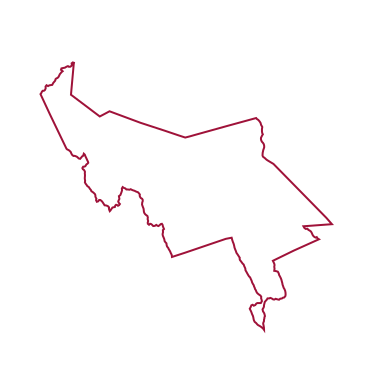 Brotas de Macaúbas, Bahia, Brazil (Natural Earth projection), rotated 350°
{"feature_id": "56859067B62774475312838", "entity_name": "Brotas de Macaúbas", "entity_type": "district", "adm_level": 2, "iso_a3": "BRA", "parent_name": "Brazil", "parent_adm1": "Bahia", "projection": "natural_earth1", "projection_center": [-42.507, -12.105], "detail": "fine", "context": "isolated", "style": "outline", "palette": "rose", "viewbox_px": 384, "rotation_deg": 350, "n_neighbors": 0, "source": "geoboundaries", "source_scale": "gbopen_adm2", "svg_char_len": 4915}
<svg xmlns="http://www.w3.org/2000/svg" viewBox="0 0 384 384"><g transform="rotate(350 192 192)"><path d="M268.0,130.3L236.8,133.2L203.8,136.4L200.0,136.8L194.8,137.2L188.8,134.0L175.8,126.9L153.3,114.9L124.8,98.2L119.6,99.9L114.3,101.6L89.7,75.2L97.3,47.1L97.6,45.9L98.2,44.3L97.1,43.7L95.8,44.4L95.8,45.9L95.1,46.9L93.9,47.5L92.5,47.3L91.7,46.5L90.2,46.8L88.4,47.5L86.6,47.5L84.9,47.6L84.2,48.9L85.0,49.7L85.6,50.6L84.3,51.3L83.3,52.2L82.3,53.0L81.5,54.2L80.5,55.5L79.4,56.3L78.1,56.6L77.2,57.2L76.6,58.6L75.5,59.5L74.2,60.6L73.0,62.2L71.5,62.2L70.0,62.2L68.6,62.7L67.3,61.6L66.1,62.7L65.9,64.5L64.9,66.0L63.7,66.6L62.5,66.4L61.5,67.3L60.6,68.6L59.8,69.3L65.5,90.6L75.9,127.6L76.6,128.5L77.7,129.2L78.7,130.3L79.6,131.7L79.8,133.0L80.4,134.6L81.5,135.9L82.6,136.0L83.6,136.5L84.9,137.4L86.3,139.3L87.6,139.9L88.8,138.9L89.9,137.9L91.1,137.4L92.1,135.5L92.9,136.6L93.2,138.2L93.9,140.7L94.3,142.3L94.8,144.0L94.9,145.2L94.1,145.9L92.8,146.5L91.4,148.1L90.3,148.3L89.2,148.2L88.2,149.4L88.5,150.6L89.3,151.3L89.8,152.3L90.1,153.6L89.7,154.8L89.6,156.2L89.4,157.5L89.1,158.6L88.8,159.8L88.7,161.1L88.7,162.4L88.2,163.9L88.7,165.4L89.3,166.5L90.0,168.1L91.2,169.2L92.0,171.1L92.8,172.5L93.1,173.8L94.2,174.8L95.2,176.0L96.0,177.1L96.3,178.4L96.1,179.4L96.2,180.6L96.7,181.9L96.1,183.4L96.6,185.1L98.0,184.9L99.2,183.7L100.4,184.0L101.1,184.8L101.8,185.7L102.4,187.0L103.0,188.4L103.6,189.9L105.0,190.3L106.6,191.2L107.6,192.7L107.3,194.1L107.4,195.3L107.7,196.6L108.5,196.0L109.6,194.8L111.0,193.5L112.3,193.4L113.4,193.4L114.1,192.0L115.0,191.4L115.9,191.8L116.7,192.7L117.9,192.3L118.9,191.3L118.0,189.9L117.7,188.6L118.3,187.5L119.3,186.2L119.3,184.5L119.3,183.4L120.9,182.6L121.9,181.0L122.7,179.6L123.4,178.2L123.5,176.4L124.6,175.1L125.8,176.3L127.0,176.9L127.8,178.1L129.3,178.4L130.9,178.9L132.1,178.6L133.1,179.4L134.2,180.1L135.6,180.8L136.9,181.8L138.8,182.9L139.7,184.4L140.2,185.4L139.8,186.7L140.1,188.1L140.6,189.1L141.7,190.0L142.1,191.2L141.9,192.4L141.2,193.6L140.6,195.7L141.0,198.1L141.4,200.0L141.3,201.8L141.2,203.2L141.4,204.4L142.0,205.7L142.9,206.8L143.9,207.8L144.1,209.4L143.6,211.0L143.8,212.9L143.1,214.4L143.0,215.6L144.0,216.8L145.2,216.0L146.2,216.5L147.0,217.4L147.9,218.8L149.5,218.9L151.1,218.2L152.1,219.2L153.0,219.7L154.1,219.2L155.6,218.2L156.8,218.1L157.3,219.2L157.4,220.8L157.7,222.4L158.0,223.6L156.7,224.5L156.5,226.5L155.7,228.4L155.7,230.0L156.1,231.7L156.5,233.6L156.5,235.6L157.0,236.7L157.9,238.1L157.8,239.9L158.0,241.4L158.9,243.0L159.2,244.3L159.9,246.0L160.3,247.4L160.6,248.9L161.0,249.9L161.1,251.1L161.0,252.5L174.5,250.6L217.2,244.0L223.1,243.9L223.3,246.3L223.6,248.4L223.9,249.6L224.1,251.0L224.2,252.8L224.2,254.1L224.4,255.2L224.7,256.7L225.0,258.0L225.2,259.6L226.1,261.5L226.6,262.7L227.0,263.7L227.6,265.0L227.3,266.1L227.4,267.3L228.2,268.8L228.8,270.0L229.5,271.4L230.3,272.4L230.5,273.8L230.8,275.0L231.2,276.5L231.1,278.4L231.8,280.3L232.3,281.8L232.9,283.5L233.5,285.0L234.4,286.2L234.8,287.9L235.3,289.7L235.5,291.5L236.0,293.1L236.6,294.5L236.7,295.8L237.1,297.1L237.2,298.4L237.8,299.8L238.1,301.4L238.6,302.7L239.4,303.8L240.5,305.0L241.4,305.8L242.0,307.2L241.6,308.6L241.8,309.8L241.9,311.6L240.5,313.3L238.7,313.0L237.0,312.7L235.8,313.2L234.7,314.3L233.1,314.7L232.2,313.6L230.8,313.9L229.6,315.8L228.6,317.0L229.0,318.4L229.4,319.7L229.7,321.1L229.9,322.5L230.5,324.7L230.6,326.1L230.6,328.0L230.7,329.2L231.2,330.8L232.5,332.3L233.2,333.6L234.0,334.6L235.3,335.6L236.6,336.8L237.8,338.2L238.5,339.2L239.0,340.3L239.3,338.0L239.3,335.7L239.2,334.1L239.6,333.0L240.4,331.8L240.8,330.1L241.3,329.1L241.6,327.9L242.3,326.9L242.2,325.4L242.1,324.1L241.7,323.0L241.2,321.9L241.1,319.8L242.1,318.7L242.9,317.5L243.2,316.1L243.9,314.5L244.6,312.9L245.8,311.9L247.0,311.0L247.9,309.9L249.5,310.2L250.7,309.9L251.6,310.4L252.5,311.1L253.3,311.9L254.6,312.2L255.8,311.7L257.1,312.4L259.0,313.2L260.4,312.4L262.0,312.5L263.2,311.9L264.4,311.9L265.8,310.8L266.3,309.6L266.6,307.6L266.6,305.6L266.2,303.7L265.6,302.2L265.4,300.6L265.1,299.1L265.1,297.3L264.9,295.2L264.8,293.8L264.5,292.3L263.9,290.3L263.4,288.9L263.3,287.3L262.7,285.4L261.2,284.6L259.3,283.9L259.7,282.7L260.0,281.6L260.0,280.0L260.6,278.3L260.6,277.1L260.2,275.5L259.7,273.8L282.0,267.4L308.8,260.6L307.5,259.4L307.0,258.1L306.0,258.4L304.9,257.7L304.0,256.6L303.3,255.1L302.9,253.3L302.3,251.6L301.1,250.3L300.1,249.6L299.3,248.2L297.6,248.1L296.5,247.0L295.8,245.1L324.2,248.0L319.9,240.9L304.2,218.0L293.7,202.7L277.1,178.5L272.5,174.5L271.3,173.4L270.5,172.5L269.9,171.6L269.0,170.6L268.0,169.5L267.8,168.2L268.4,165.7L268.9,164.5L269.5,163.0L270.3,161.6L270.9,160.4L271.1,158.9L271.0,157.4L270.5,156.1L269.5,154.5L269.1,152.9L269.1,151.7L269.4,150.5L270.1,149.6L270.8,148.6L271.8,147.5L271.4,146.3L271.4,144.6L271.8,142.2L272.5,140.2L272.1,139.0L271.7,137.9L271.5,135.8L270.8,134.2L269.8,132.5L268.6,131.4L268.0,130.3Z" fill="none" stroke="#9f1239" stroke-width="2"/></g></svg>